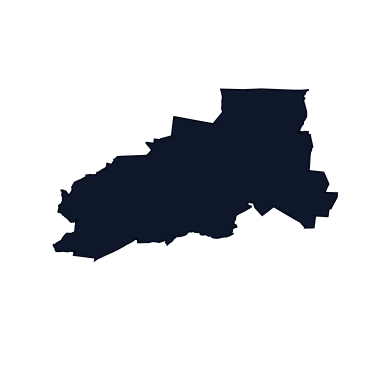 San Salvador el Seco, Puebla, Mexico (Equal Earth projection), rotated 66°
{"feature_id": "50627088B87389921667442", "entity_name": "San Salvador el Seco", "entity_type": "district", "adm_level": 2, "iso_a3": "MEX", "parent_name": "Mexico", "parent_adm1": "Puebla", "projection": "equal_earth", "projection_center": [-97.611, 19.143], "detail": "fine", "context": "isolated", "style": "filled", "palette": "ink", "viewbox_px": 384, "rotation_deg": 66, "n_neighbors": 0, "source": "geoboundaries", "source_scale": "gbopen_adm2", "svg_char_len": 6043}
<svg xmlns="http://www.w3.org/2000/svg" viewBox="0 0 384 384"><g transform="rotate(66 192 192)"><path d="M246.8,179.1L246.9,178.4L247.1,175.3L246.8,170.9L246.7,171.2L246.7,171.5L246.3,172.2L246.2,172.5L245.5,172.5L244.8,172.1L244.6,171.4L242.5,170.4L242.0,169.8L242.0,169.2L241.8,168.0L241.9,166.6L242.3,166.0L242.1,165.5L241.7,165.2L240.7,165.4L240.0,165.3L239.8,165.5L239.5,166.1L239.0,166.5L237.8,166.9L237.5,166.3L236.8,166.2L236.0,165.8L235.7,165.0L235.5,164.6L234.3,163.3L233.6,163.1L232.6,162.3L232.0,162.2L231.8,162.1L231.6,161.8L231.3,160.8L231.2,160.5L230.9,159.8L230.9,159.2L230.9,158.5L230.8,158.1L230.6,153.9L230.7,153.7L230.6,152.8L230.6,152.3L230.5,152.1L229.9,144.8L229.7,144.2L229.5,143.9L229.4,143.7L229.2,143.7L229.0,143.8L228.8,144.2L228.6,144.3L228.4,144.7L228.2,144.8L228.1,145.1L227.3,145.7L225.8,146.4L224.0,144.9L225.3,142.8L227.2,140.2L229.4,140.5L231.9,140.7L241.9,137.4L238.9,125.1L238.5,123.3L258.7,108.9L262.5,106.0L262.6,105.6L270.0,103.2L270.6,103.7L274.1,95.2L264.0,89.0L265.7,85.4L268.2,80.7L269.6,77.9L268.1,76.9L266.3,75.9L262.9,73.7L263.7,72.1L258.4,65.1L255.6,61.6L252.0,59.7L246.5,71.1L245.8,70.2L243.5,67.7L240.3,63.9L234.0,63.8L227.6,63.8L220.1,76.6L215.4,73.9L215.1,73.8L208.1,70.2L207.2,69.9L205.8,68.8L203.8,67.7L203.7,67.6L202.9,66.6L202.6,66.1L200.3,64.8L200.2,64.5L200.1,63.7L199.7,63.4L195.9,62.6L190.8,61.6L187.9,60.9L187.7,60.8L186.5,62.9L185.8,62.2L184.2,61.4L183.0,63.9L182.5,64.7L182.4,65.2L182.4,65.7L182.2,66.2L182.4,66.8L182.3,67.3L182.5,67.9L182.3,68.4L181.2,67.8L180.9,68.0L180.5,70.4L175.4,64.1L175.2,62.8L172.3,61.3L172.4,60.5L170.9,58.4L169.6,56.8L165.7,55.0L164.1,54.6L153.2,52.9L152.7,51.2L152.0,51.0L151.7,51.5L150.9,51.3L150.1,51.6L149.4,51.6L149.3,50.8L148.5,50.0L148.7,49.2L147.7,48.3L146.9,47.6L146.7,47.3L146.3,46.4L146.2,46.0L146.1,45.3L146.2,43.6L143.9,50.3L140.9,57.1L126.2,86.9L119.7,103.3L109.9,123.9L112.9,124.3L113.9,124.6L116.5,125.1L117.2,125.4L117.6,125.4L118.4,125.7L120.0,126.8L120.9,127.5L123.4,128.5L124.0,128.8L124.8,129.0L125.8,129.7L126.9,130.2L128.6,131.1L129.4,130.9L130.4,131.1L131.2,131.3L131.5,131.3L133.9,136.0L138.4,145.0L129.8,157.7L116.0,177.7L116.0,177.9L132.6,187.9L131.0,198.3L130.8,199.3L131.5,199.8L128.5,204.8L132.2,206.9L128.3,213.4L128.5,214.0L135.2,212.1L137.5,211.7L140.3,218.5L132.3,238.4L129.4,245.8L130.0,247.0L130.3,247.5L130.1,247.7L130.4,248.3L130.5,248.9L130.7,249.3L130.7,249.7L131.0,250.0L130.9,250.1L131.0,250.1L131.4,250.3L131.9,250.6L132.1,250.7L133.2,252.8L133.4,252.8L133.6,253.4L134.0,254.0L134.3,254.4L131.3,257.9L135.1,260.5L134.8,261.3L135.0,262.1L135.0,262.7L135.2,264.4L135.2,265.0L135.7,268.3L135.7,269.0L136.1,269.2L135.6,271.0L137.5,271.9L137.3,272.5L135.6,276.8L135.3,277.2L134.9,278.0L134.7,278.0L134.2,279.9L133.6,281.6L133.5,281.9L135.5,283.0L135.2,284.1L135.1,285.3L135.2,285.9L135.5,286.4L135.4,293.1L135.5,295.4L138.5,299.6L138.9,299.8L139.6,299.9L140.5,300.3L141.2,300.5L142.1,301.1L142.8,302.2L142.9,302.5L144.0,303.9L144.2,304.5L144.5,305.6L144.8,306.3L143.9,306.3L143.2,306.4L142.7,306.4L141.3,306.8L140.8,306.8L140.4,307.1L139.8,307.2L139.3,307.7L138.9,308.4L138.1,308.9L137.5,310.0L137.1,310.8L137.3,310.9L138.8,310.6L140.0,310.8L140.6,311.2L141.0,311.6L141.9,312.1L142.5,312.2L144.9,312.3L146.1,313.2L146.9,313.4L147.2,313.5L149.8,316.4L149.9,317.8L150.3,319.3L152.1,319.8L154.6,321.5L155.6,322.5L155.8,322.4L156.5,321.7L157.3,320.5L157.9,320.0L158.3,319.7L160.1,319.4L160.5,319.2L160.6,318.9L161.1,318.6L161.3,318.6L161.7,318.3L162.6,318.1L163.3,317.8L163.7,317.2L164.3,316.9L165.1,316.8L165.3,316.6L165.5,316.4L166.7,316.2L168.0,315.6L169.1,315.4L169.3,315.2L170.0,314.9L170.3,314.7L170.6,314.1L170.4,313.0L171.1,312.6L171.2,311.4L171.0,310.3L170.9,308.1L170.7,307.5L171.2,308.3L171.2,308.7L171.7,309.7L172.8,310.9L174.1,311.1L174.4,311.3L175.3,312.2L177.8,313.5L179.3,314.4L179.7,314.5L180.7,315.3L180.9,315.7L180.8,319.4L180.6,319.9L180.0,321.0L179.3,322.5L178.9,323.2L179.2,323.6L179.2,324.0L179.6,325.3L180.6,327.3L181.3,328.5L182.3,329.8L182.5,330.2L183.2,331.2L183.4,333.5L183.5,334.9L183.7,336.6L183.9,337.2L184.6,337.9L183.7,339.7L183.9,340.1L184.6,340.3L185.3,340.4L185.9,340.3L186.1,340.0L187.5,339.9L188.9,340.3L190.1,340.4L190.3,340.3L190.6,340.3L190.9,339.9L191.2,339.8L191.4,339.4L192.2,337.6L192.7,336.2L193.0,335.4L193.1,334.6L194.5,332.3L195.3,330.8L196.1,329.3L196.1,328.5L196.3,328.0L196.3,327.2L196.9,326.4L197.5,325.8L197.7,324.8L198.4,324.1L198.7,323.4L199.6,324.5L200.0,323.8L200.8,325.0L200.9,324.8L201.6,325.8L207.5,315.9L212.9,307.2L215.1,308.8L214.5,305.6L214.4,304.0L214.3,295.1L214.3,292.1L214.3,288.6L214.1,282.5L213.7,278.6L213.6,276.6L213.1,273.6L213.0,270.2L212.8,267.6L212.7,266.1L211.9,263.3L212.9,261.4L211.9,260.4L213.2,261.0L216.2,262.0L217.7,258.6L217.9,257.6L218.2,257.2L219.0,255.1L220.0,253.0L220.2,252.6L220.7,251.1L220.6,250.4L220.9,249.0L221.2,248.2L221.4,246.9L221.7,246.7L221.8,246.4L222.3,245.9L224.0,243.2L224.5,242.5L224.7,241.3L225.1,236.6L225.4,235.6L225.8,234.4L226.0,234.5L226.2,235.1L226.7,235.9L226.9,236.2L227.3,236.5L228.1,236.5L229.5,236.0L230.3,236.1L230.1,235.5L229.8,235.2L229.6,234.9L229.5,234.5L229.5,233.7L229.0,232.4L229.1,231.7L228.9,231.0L228.5,230.0L228.5,229.6L228.0,229.0L227.3,228.0L227.0,227.1L226.8,225.3L226.3,224.2L226.3,223.7L227.3,222.1L227.4,221.5L227.6,221.1L227.6,220.5L228.0,219.5L228.0,218.8L228.0,218.5L228.2,217.5L228.4,216.0L228.3,214.9L228.1,214.0L227.9,213.5L227.3,212.5L227.0,212.0L227.0,211.6L227.0,211.1L227.3,210.3L227.5,210.0L228.1,208.7L228.2,208.3L228.2,207.4L228.5,206.7L229.5,206.0L229.9,205.6L230.2,204.9L230.5,204.2L231.3,203.1L231.3,202.6L231.7,201.9L232.4,201.3L233.1,201.3L233.5,201.5L233.9,201.5L234.6,201.1L235.2,200.2L236.1,198.0L236.3,196.9L236.6,196.5L238.1,195.5L239.0,194.7L239.3,194.0L239.5,193.0L239.8,192.3L240.1,192.2L241.2,192.2L241.7,191.8L242.4,191.1L242.8,190.5L243.5,189.3L244.0,188.6L244.6,186.7L244.9,186.4L245.0,184.5L245.2,183.8L245.5,182.9L245.7,182.4L245.7,181.5L245.8,180.5L246.1,180.2L246.5,179.4L246.8,179.1Z" fill="#0f172a" stroke="#020617" stroke-width="1.5"/></g></svg>